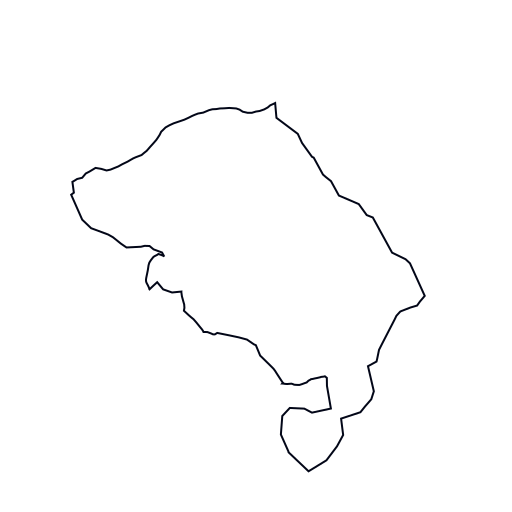 the district of Isiala-Ngwa North, Abia, Nigeria, rotated 41°
{"feature_id": "59680162B87049040782715", "entity_name": "Isiala-Ngwa North", "entity_type": "district", "adm_level": 2, "iso_a3": "NGA", "parent_name": "Nigeria", "parent_adm1": "Abia", "projection": "mercator", "projection_center": [7.407, 5.382], "detail": "fine", "context": "isolated", "style": "outline", "palette": "ink", "viewbox_px": 512, "rotation_deg": 41, "n_neighbors": 0, "source": "geoboundaries", "source_scale": "gbopen_adm2", "svg_char_len": 2774}
<svg xmlns="http://www.w3.org/2000/svg" viewBox="0 0 512 512"><g transform="rotate(41 256 256)"><path d="M170.1,128.0L169.4,129.7L167.9,132.9L167.4,136.2L166.0,140.0L163.6,144.2L161.2,147.0L158.9,150.7L155.6,153.5L151.3,155.8L147.6,156.3L144.3,157.6L142.7,158.8L138.7,161.8L134.9,165.6L132.0,168.3L129.7,171.1L126.8,173.9L124.9,176.7L122.1,182.4L118.8,186.5L117.2,189.5L115.9,192.2L114.4,195.9L112.5,200.1L110.6,203.4L106.8,209.9L104.9,214.1L103.4,218.3L103.1,222.4L102.9,224.4L103.8,227.7L104.3,231.2L104.6,233.8L104.6,237.6L104.6,238.8L104.5,243.2L104.5,248.4L103.9,251.6L103.4,254.9L100.6,260.1L100.3,260.7L99.1,263.3L99.1,263.5L98.5,265.1L97.2,269.0L94.8,274.6L93.3,278.8L91.4,282.5L89.5,286.3L87.1,289.5L82.0,291.8L77.1,294.8L74.9,301.6L73.4,305.4L73.5,311.0L70.5,315.2L69.5,318.5L68.8,320.5L77.0,327.7L76.3,331.0L101.0,342.6L113.3,343.2L130.3,336.8L135.7,335.7L145.9,335.3L151.2,334.7L152.7,334.5L163.1,324.5L165.3,321.4L169.1,318.3L174.3,318.2L182.8,315.0L184.4,315.6L187.1,316.6L186.2,316.6L184.0,317.3L181.0,318.5L180.7,319.9L179.8,322.1L179.4,323.2L179.2,324.3L179.4,328.0L179.7,330.1L179.9,331.1L180.3,332.0L181.0,333.5L182.6,336.0L183.8,337.9L185.6,341.1L187.5,344.5L188.4,345.9L189.3,346.9L190.0,347.5L191.3,348.2L193.2,348.9L195.3,349.8L196.5,350.4L197.1,350.9L197.5,351.0L198.0,345.9L198.6,340.6L207.8,342.1L216.6,338.6L223.0,331.8L223.3,332.2L226.5,335.0L231.9,338.6L233.6,339.7L235.0,341.1L236.0,342.1L237.5,344.6L243.9,344.8L247.3,344.8L250.3,344.7L254.6,345.3L260.2,346.3L263.3,346.8L265.2,347.3L266.2,347.8L269.2,345.3L270.0,345.0L273.3,343.8L274.8,343.4L275.8,342.7L276.4,342.1L277.2,339.5L288.3,333.2L296.4,328.7L304.0,325.0L311.0,324.2L312.6,324.0L314.4,323.4L324.0,328.2L324.4,328.4L325.1,328.5L326.0,328.5L331.0,328.8L340.7,329.4L343.2,329.6L345.9,330.2L348.5,331.0L356.2,333.2L359.1,334.0L359.5,334.0L359.5,335.0L360.0,334.6L361.9,333.4L363.5,332.2L366.4,329.2L367.6,328.6L369.2,328.1L371.0,326.8L373.4,324.8L374.9,322.3L376.1,320.1L377.2,318.2L377.4,315.7L378.2,313.6L378.3,312.9L379.6,311.4L380.5,310.1L382.2,307.9L384.2,305.1L384.4,304.6L385.6,303.3L386.5,302.3L386.9,301.6L389.4,301.5L394.8,307.5L412.6,322.0L401.0,337.5L392.6,339.5L381.2,348.5L380.8,359.5L391.9,374.4L408.8,382.3L409.4,382.8L436.9,384.0L443.2,364.0L442.0,346.5L439.2,333.9L426.9,322.9L437.3,305.4L437.0,297.9L437.0,288.5L433.7,280.8L412.8,265.7L416.2,256.6L414.9,254.1L410.4,246.1L408.5,238.5L402.3,213.1L401.2,209.0L401.3,203.5L401.7,202.4L406.4,193.5L410.1,187.7L409.6,182.9L409.5,175.4L377.0,160.5L371.0,160.3L356.5,164.2L318.9,150.3L312.7,152.5L299.5,149.4L290.7,152.2L278.9,156.0L263.5,150.3L257.0,150.6L253.1,150.6L237.7,144.9L235.0,143.9L233.2,144.4L216.6,140.5L207.4,136.4L180.8,138.3L179.0,136.6L170.1,128.0Z" fill="none" stroke="#020617" stroke-width="2"/></g></svg>